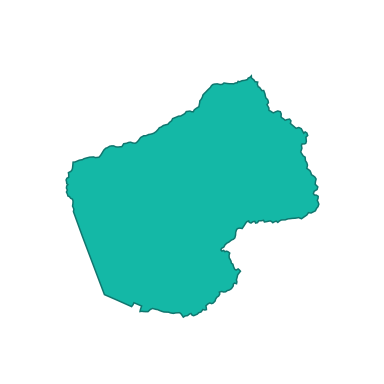 outline of Buriti Bravo, Maranhão, Brazil, rotated 25°
{"feature_id": "56859067B93181490045826", "entity_name": "Buriti Bravo", "entity_type": "district", "adm_level": 2, "iso_a3": "BRA", "parent_name": "Brazil", "parent_adm1": "Maranhão", "projection": "natural_earth1", "projection_center": [-43.798, -5.776], "detail": "fine", "context": "isolated", "style": "filled", "palette": "teal", "viewbox_px": 384, "rotation_deg": 25, "n_neighbors": 0, "source": "geoboundaries", "source_scale": "gbopen_adm2", "svg_char_len": 4098}
<svg xmlns="http://www.w3.org/2000/svg" viewBox="0 0 384 384"><g transform="rotate(25 192 192)"><path d="M302.5,170.0L305.8,164.3L306.3,161.5L308.8,160.7L311.8,156.9L311.8,154.2L312.4,152.1L312.1,149.4L310.9,148.2L309.1,146.7L308.9,144.4L308.2,142.6L306.0,142.3L304.3,143.0L302.7,142.2L302.4,139.7L304.3,136.9L303.9,134.2L300.4,132.9L299.5,130.4L299.0,127.8L297.0,126.5L295.2,126.1L293.0,125.8L291.3,124.0L290.0,122.9L288.6,122.5L286.1,122.1L285.3,118.8L283.6,116.9L281.6,115.7L279.8,112.6L277.5,112.3L273.6,109.8L273.4,107.8L273.1,105.8L271.5,103.6L271.5,101.9L273.4,101.0L274.5,99.9L274.3,97.9L272.1,94.1L273.0,91.9L271.2,90.0L269.1,89.7L268.5,91.5L264.2,88.4L261.5,88.4L259.4,90.3L252.2,88.3L251.6,85.7L249.6,84.7L247.5,86.2L246.1,87.6L243.9,87.0L242.2,86.8L240.9,86.2L239.9,83.6L238.1,81.9L235.5,82.3L233.6,84.3L232.3,85.9L230.7,85.8L229.0,85.5L227.3,85.5L226.1,83.3L223.0,81.1L223.5,78.8L222.5,77.3L221.3,76.2L219.5,75.7L218.2,74.4L216.7,72.3L214.1,69.7L212.4,70.6L209.0,68.6L207.6,68.7L205.7,66.8L205.1,64.6L202.5,65.4L200.9,64.3L197.7,63.5L196.7,61.7L196.0,63.7L194.8,65.0L194.7,66.6L192.9,68.3L190.4,69.9L188.5,72.0L187.0,72.2L186.9,73.8L185.1,75.0L184.0,76.4L182.4,77.0L180.3,78.0L178.0,78.8L174.9,79.7L174.0,81.6L172.2,82.7L169.2,83.3L166.6,84.8L165.4,85.9L164.7,87.5L164.5,89.4L163.2,92.7L162.2,95.7L161.5,97.5L160.9,99.4L161.3,101.7L161.1,104.4L160.6,106.1L161.2,107.8L162.2,111.8L160.6,114.2L159.4,116.4L159.2,118.8L157.8,119.4L156.0,119.5L152.8,121.5L152.4,123.8L151.5,125.3L149.6,128.0L147.8,128.9L146.3,130.6L144.8,132.2L143.4,133.7L143.4,136.1L142.2,138.4L141.5,140.9L139.9,142.1L137.9,143.8L136.7,146.0L135.2,147.6L134.9,149.4L133.9,152.5L132.6,154.7L131.4,156.0L129.7,157.4L128.5,158.1L127.5,159.3L126.4,160.5L124.5,161.4L122.4,164.3L121.7,168.0L120.8,170.7L119.8,171.9L117.6,172.6L115.3,172.8L113.7,173.8L112.2,175.4L109.7,177.1L109.3,180.5L105.8,182.6L103.8,183.3L101.6,183.3L99.6,184.2L98.1,185.3L96.5,187.7L95.3,188.8L94.4,191.2L94.1,193.9L93.7,197.4L93.0,199.8L91.2,200.9L89.8,201.7L88.0,201.8L84.5,203.7L81.7,206.0L80.1,207.4L79.0,209.0L77.7,209.9L76.4,210.8L74.8,212.6L73.2,214.3L71.6,215.2L72.6,217.9L73.7,221.1L73.9,223.1L73.4,224.6L71.8,226.7L73.0,228.5L74.0,230.8L72.8,232.4L72.8,234.3L74.0,235.8L74.9,237.3L76.4,237.8L75.9,239.5L76.5,241.5L78.2,242.9L78.2,245.1L79.9,246.5L81.3,248.1L82.9,248.0L84.8,249.0L86.6,249.0L87.9,250.3L88.9,252.6L89.7,255.3L90.9,256.3L92.2,257.5L92.8,259.9L111.2,278.3L156.0,322.0L164.3,321.8L167.6,321.7L185.7,321.4L186.2,319.1L186.2,316.9L194.5,316.6L195.0,320.6L195.4,322.3L197.0,321.3L198.4,320.9L200.4,320.1L202.7,319.0L203.9,316.0L205.5,314.2L209.0,313.6L210.6,313.1L212.7,313.1L215.2,312.9L217.3,312.6L219.7,311.6L221.6,310.8L223.5,310.7L226.4,309.9L228.4,308.4L231.8,306.6L233.7,307.1L237.0,309.1L238.2,307.2L240.2,305.9L241.2,303.8L242.4,302.5L244.2,303.6L245.8,303.4L248.4,300.5L249.1,298.6L250.9,296.9L251.5,293.9L253.6,293.5L254.8,292.5L254.0,291.1L252.7,289.2L253.8,286.6L255.0,285.0L256.9,284.9L258.0,283.9L259.0,281.2L258.7,278.7L259.1,276.7L260.1,275.1L260.3,272.7L259.1,271.2L261.0,269.6L262.9,269.3L264.7,268.2L265.6,266.5L267.3,265.0L268.6,262.9L269.1,259.7L268.4,258.1L269.0,256.6L271.1,256.3L270.7,254.5L269.4,252.9L268.9,250.0L268.4,247.8L268.9,245.5L269.4,243.3L268.0,242.7L266.3,242.2L265.0,244.1L263.4,244.0L261.4,242.3L259.6,240.2L257.7,239.8L256.6,238.2L255.0,236.9L253.6,236.0L252.3,233.6L252.0,231.4L249.9,230.9L248.4,231.0L246.9,232.2L245.4,231.5L244.1,232.9L242.6,232.3L242.7,230.4L244.1,228.6L244.3,225.8L245.4,223.3L246.5,222.0L248.1,218.8L249.5,217.3L250.2,215.5L249.7,212.7L248.6,209.9L248.3,207.0L249.1,205.5L250.6,204.5L252.9,203.9L253.4,200.9L253.7,198.5L254.1,196.0L255.6,194.3L256.7,195.3L258.6,195.2L259.7,193.2L261.3,192.1L262.8,193.3L264.3,192.1L264.7,189.9L266.9,188.8L268.8,187.4L270.3,188.6L272.2,187.3L273.5,186.3L275.1,185.1L276.8,185.2L278.2,185.7L279.3,184.1L280.7,182.8L282.6,183.3L283.5,181.3L284.8,179.6L286.5,178.7L288.2,177.9L290.3,175.8L292.7,174.4L293.9,173.6L295.2,172.9L296.5,172.2L298.0,171.2L299.5,170.1L302.5,170.0Z" fill="#14b8a6" stroke="#0f766e" stroke-width="1.5"/></g></svg>